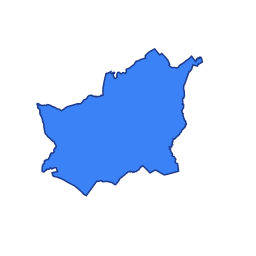 outline of Tepetitlán, Hidalgo, Mexico, rotated 245°
{"feature_id": "50627088B38854770876072", "entity_name": "Tepetitlán", "entity_type": "district", "adm_level": 2, "iso_a3": "MEX", "parent_name": "Mexico", "parent_adm1": "Hidalgo", "projection": "natural_earth1", "projection_center": [-99.392, 20.189], "detail": "fine", "context": "isolated", "style": "filled", "palette": "blue", "viewbox_px": 256, "rotation_deg": 245, "n_neighbors": 0, "source": "geoboundaries", "source_scale": "gbopen_adm2", "svg_char_len": 5815}
<svg xmlns="http://www.w3.org/2000/svg" viewBox="0 0 256 256"><g transform="rotate(245 128 128)"><path d="M188.5,56.1L188.4,56.1L187.8,55.6L187.3,55.5L186.7,55.6L186.3,56.0L186.0,56.0L185.6,55.4L185.1,55.3L184.6,54.8L184.3,54.9L183.9,55.1L183.6,55.0L183.2,55.4L182.5,55.6L182.3,55.9L181.1,55.4L180.1,55.3L179.9,55.0L179.3,55.0L178.7,54.3L178.3,54.2L177.3,54.3L176.9,54.1L176.2,54.5L175.9,54.2L175.2,54.2L174.8,54.4L174.2,54.4L169.7,53.5L169.0,53.3L166.9,53.4L164.7,52.3L158.4,50.7L157.6,50.8L156.7,51.0L155.9,51.4L154.2,51.6L153.4,51.9L150.4,53.4L149.4,53.5L148.9,54.1L148.0,54.3L147.5,54.5L147.0,55.2L145.6,55.0L142.9,55.4L142.3,55.2L142.0,55.0L141.4,55.0L140.8,54.1L140.8,53.6L140.6,53.5L140.4,53.5L140.1,52.0L139.5,51.9L138.6,51.0L137.7,51.1L137.4,50.8L137.2,50.5L136.9,49.1L137.1,48.8L137.5,48.7L137.7,48.2L137.7,47.7L137.5,47.3L137.0,47.0L136.5,45.9L136.1,45.9L136.0,46.0L135.2,44.9L134.4,44.3L134.3,43.7L133.9,43.2L133.2,42.5L133.8,40.6L133.5,39.7L133.5,39.3L133.7,39.1L133.7,38.9L133.3,38.1L132.9,37.9L132.6,38.0L132.4,37.9L131.2,37.1L131.0,35.7L130.9,35.5L129.5,34.2L125.4,31.9L124.0,32.6L123.8,33.0L123.7,33.2L124.0,33.8L124.3,34.8L124.3,36.0L124.6,36.1L124.8,36.4L124.9,36.7L124.9,36.9L124.5,37.6L124.3,38.2L124.4,38.6L124.1,39.1L124.0,39.7L124.1,40.0L124.5,40.5L124.4,41.0L124.5,41.0L124.1,41.6L123.8,41.7L123.5,41.5L123.1,41.6L123.0,42.8L123.1,43.7L122.9,45.0L122.7,45.5L122.0,46.3L120.7,45.9L118.3,45.6L119.1,42.6L119.5,40.2L116.3,39.8L115.2,40.7L113.5,43.0L112.1,44.2L109.9,46.4L107.6,48.2L104.9,50.0L97.9,55.3L91.3,58.3L90.3,58.8L86.9,59.8L85.5,60.7L85.1,61.2L84.4,61.7L93.0,77.2L92.7,77.5L92.2,78.3L91.9,80.5L91.6,81.7L91.4,81.9L90.3,82.0L90.0,82.3L89.4,84.1L88.4,86.6L85.1,90.6L83.0,91.7L82.2,92.3L81.9,92.7L81.9,92.9L84.1,97.3L85.7,99.4L85.9,101.2L86.5,103.1L86.7,104.0L87.6,107.3L88.1,109.6L87.8,111.6L87.2,111.6L87.2,112.2L86.6,113.6L86.4,113.7L85.8,113.7L85.9,114.2L85.7,114.5L85.4,114.8L85.5,115.5L85.1,117.1L85.4,117.5L85.3,118.4L85.5,119.1L85.6,120.1L86.0,121.0L87.1,122.6L87.6,123.1L87.1,123.9L87.1,124.2L87.4,124.6L87.6,125.3L87.4,125.6L78.0,129.0L78.4,135.1L70.1,141.1L68.9,147.1L67.5,155.5L69.0,156.1L74.6,157.8L75.7,157.0L76.2,156.4L76.6,156.3L77.6,156.4L78.1,157.0L79.0,157.6L79.2,158.0L79.4,158.1L79.9,158.1L80.4,157.9L82.6,157.7L82.9,157.5L83.6,156.5L84.0,156.3L84.6,156.4L85.3,157.2L85.9,157.4L87.4,157.0L87.6,156.8L88.1,157.0L89.7,157.0L91.4,157.8L91.6,156.8L93.6,157.8L92.4,159.5L94.2,160.5L93.9,161.4L96.1,161.8L96.3,162.5L96.5,162.4L96.8,162.7L96.9,162.9L98.1,163.8L99.3,164.5L98.3,165.5L98.8,166.9L99.3,167.6L99.3,168.2L99.6,169.1L99.7,169.7L100.0,170.0L100.0,170.4L100.3,170.7L100.2,171.5L100.9,172.5L101.6,173.1L101.7,173.4L101.6,173.7L102.0,174.8L102.9,175.3L103.4,176.2L103.4,176.7L103.5,177.0L103.9,177.2L103.9,177.7L104.2,178.1L104.3,179.0L104.4,179.6L104.8,180.1L105.2,180.1L105.5,181.0L106.4,181.3L106.4,182.0L106.6,182.4L107.1,182.7L107.5,182.5L108.1,182.6L109.5,183.0L110.3,182.6L110.5,182.8L110.9,182.4L111.8,182.7L112.5,182.7L112.9,182.9L113.0,182.9L113.3,182.6L114.2,182.7L114.5,182.8L114.8,183.1L117.1,183.3L117.5,184.0L118.5,183.4L118.9,183.8L119.3,184.0L120.0,183.7L120.5,183.7L120.9,183.9L121.1,184.4L121.9,185.1L122.2,185.9L122.6,186.0L122.9,186.8L123.8,187.5L124.8,187.6L125.3,188.2L126.0,188.3L126.5,187.9L126.6,187.4L127.0,187.5L127.0,188.1L129.5,189.0L131.7,190.0L131.5,191.2L131.7,191.3L132.0,191.2L132.2,191.3L132.6,191.7L132.8,192.4L132.9,192.5L135.8,193.8L138.2,194.6L140.0,194.9L142.6,196.3L144.5,198.6L152.5,206.4L152.8,207.0L153.2,207.0L153.0,207.8L153.8,209.3L153.9,209.5L154.0,210.0L157.8,213.7L157.3,214.0L154.8,217.1L156.3,218.7L155.9,219.1L156.0,219.5L156.4,223.3L157.1,223.5L158.4,223.6L159.6,224.0L160.2,224.0L160.9,224.1L161.5,223.7L161.7,223.2L161.3,222.8L161.6,222.7L161.3,222.3L161.7,222.1L161.4,221.7L161.5,221.7L161.3,221.3L161.9,220.9L161.5,220.0L161.7,219.8L161.4,219.3L161.2,219.6L159.5,217.4L166.2,216.0L165.1,212.9L164.7,211.3L164.5,210.5L164.6,209.6L164.2,208.4L163.5,205.6L163.1,202.0L162.5,200.2L161.9,199.2L161.5,198.7L161.6,198.1L163.4,195.3L163.9,194.0L164.4,193.3L166.0,192.1L167.6,191.7L167.8,191.8L167.9,192.0L168.0,192.7L172.6,192.8L176.7,191.7L181.3,190.1L180.8,187.6L188.4,185.6L188.2,181.2L187.8,178.5L186.8,175.6L186.1,174.1L184.0,173.5L184.7,168.2L184.6,164.4L185.0,164.1L184.8,163.7L184.9,163.4L184.9,163.2L182.9,160.1L182.7,158.7L181.7,154.8L181.9,151.1L179.7,150.3L178.7,148.7L178.9,148.3L179.7,147.7L180.2,147.0L180.3,146.3L179.9,145.2L179.9,144.9L180.1,144.6L180.5,144.2L181.9,143.7L182.3,143.4L182.5,143.0L182.6,142.5L182.4,141.8L181.9,141.2L181.1,140.5L179.2,139.6L178.7,139.5L178.5,139.2L178.3,138.4L178.3,137.5L178.4,137.2L178.7,136.9L179.6,136.7L181.8,136.9L182.6,137.2L182.9,137.5L183.5,138.9L183.7,139.1L184.0,139.2L184.5,138.5L184.6,138.0L184.3,136.9L184.3,136.0L184.4,135.8L184.6,135.6L185.0,135.5L186.3,136.4L186.3,135.7L186.1,135.3L186.3,134.1L186.3,133.6L186.2,133.3L186.0,133.1L186.0,132.6L186.6,132.0L186.6,131.1L180.3,126.1L174.0,121.8L168.4,119.3L168.6,118.3L169.1,117.7L169.1,117.3L168.6,116.9L168.5,116.6L168.5,116.1L169.1,114.5L169.3,113.4L170.0,112.8L169.9,112.2L170.0,111.9L170.6,111.8L171.0,110.4L171.5,110.1L171.7,109.6L172.5,109.3L172.7,108.9L173.2,108.7L173.3,108.5L173.8,106.5L173.5,104.9L172.5,103.6L171.9,101.8L172.1,100.0L171.9,99.3L170.4,96.8L170.2,96.1L170.2,95.0L170.7,93.7L170.7,93.3L170.8,93.0L171.2,92.8L171.4,92.3L171.5,91.0L173.0,81.6L171.8,75.4L172.5,74.5L173.9,73.8L174.4,73.2L175.0,72.2L177.8,70.3L179.2,68.8L179.3,68.4L179.6,68.1L180.3,68.0L180.6,67.8L181.5,67.0L182.7,65.7L183.2,65.2L183.3,64.5L183.1,63.3L184.1,61.7L184.0,61.3L184.1,61.1L184.1,60.6L184.2,60.4L184.6,60.1L184.9,59.5L185.4,58.9L185.4,58.6L185.6,58.4L186.3,58.1L186.6,57.8L187.0,57.7L187.6,57.1L187.8,57.1L188.0,56.6L188.5,56.2L188.5,56.1Z" fill="#3b82f6" stroke="#1e3a8a" stroke-width="1.5"/></g></svg>